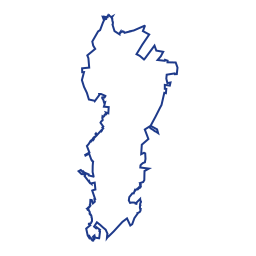 the district of Cuencamé, Durango, Mexico
{"feature_id": "50627088B82922113569023", "entity_name": "Cuencamé", "entity_type": "district", "adm_level": 2, "iso_a3": "MEX", "parent_name": "Mexico", "parent_adm1": "Durango", "projection": "equal_earth", "projection_center": [-103.787, 24.653], "detail": "fine", "context": "isolated", "style": "outline", "palette": "blue", "viewbox_px": 256, "rotation_deg": 0, "n_neighbors": 0, "source": "geoboundaries", "source_scale": "gbopen_adm2", "svg_char_len": 5474}
<svg xmlns="http://www.w3.org/2000/svg" viewBox="0 0 256 256"><path d="M155.5,116.7L160.2,107.4L161.5,105.0L164.3,92.8L165.9,93.2L166.3,88.9L164.8,88.8L164.8,84.9L169.8,85.6L170.5,82.5L167.4,83.1L166.3,78.6L166.7,74.7L174.6,73.4L174.8,74.2L176.8,74.1L177.5,67.6L175.7,62.5L167.5,62.3L167.6,60.7L165.0,59.8L164.7,60.8L157.6,60.0L160.8,56.3L163.2,51.8L156.3,50.6L154.5,45.6L144.8,58.7L144.0,59.5L139.7,55.8L136.5,54.2L142.2,44.8L149.2,34.5L142.9,31.1L144.8,26.1L144.4,25.8L133.7,30.5L130.2,31.2L130.3,31.4L124.5,32.8L124.0,32.2L123.8,31.7L122.5,31.3L122.1,31.8L121.5,31.7L120.8,32.4L120.7,31.6L119.5,33.3L119.5,34.3L114.5,31.1L112.5,24.6L112.8,24.3L112.9,22.1L112.6,21.6L112.4,20.8L112.3,20.3L112.3,19.5L112.2,19.2L112.3,18.9L112.2,18.7L111.9,18.6L111.8,18.3L111.9,17.8L111.8,17.5L112.5,16.4L111.2,17.1L109.4,15.7L109.2,15.4L109.1,15.5L108.9,15.5L108.7,15.5L108.5,15.4L108.4,15.5L108.2,15.6L108.1,15.4L107.7,16.1L107.6,17.0L107.1,16.9L106.6,16.9L106.6,17.1L106.5,17.7L106.4,17.8L106.3,18.3L106.4,18.6L106.3,18.9L106.2,19.0L105.8,19.1L105.5,17.8L105.2,17.5L105.2,17.0L104.9,16.9L105.0,17.2L104.9,17.8L105.0,18.2L105.1,18.8L104.6,18.9L103.9,17.8L103.7,17.2L103.3,16.8L102.7,16.7L104.0,20.3L102.9,22.7L100.1,30.1L98.1,31.4L92.3,41.5L93.2,45.6L95.2,48.9L87.3,55.4L88.4,58.2L89.2,67.6L82.1,68.3L82.2,72.2L84.0,72.1L81.9,80.1L84.0,86.8L86.9,92.9L88.9,99.5L93.9,100.6L94.3,100.7L94.6,100.7L94.8,101.1L99.4,94.9L99.2,94.0L101.0,94.0L105.4,95.9L105.3,96.3L104.4,97.6L104.2,97.6L103.9,97.4L103.4,97.3L102.4,97.3L102.2,97.4L102.2,97.6L102.2,98.1L102.6,98.7L102.8,99.2L103.4,100.0L103.5,100.3L103.8,101.7L104.1,102.6L105.1,102.2L104.5,104.7L103.9,106.7L108.7,107.1L108.3,113.3L105.9,112.5L106.3,113.3L106.4,113.7L106.3,114.1L106.1,114.1L105.9,114.4L105.3,114.2L104.9,114.4L104.6,114.7L104.5,115.2L104.6,115.4L104.3,115.9L104.0,116.2L103.6,116.3L103.4,116.8L103.2,116.8L102.5,116.3L102.3,117.9L102.7,120.0L102.6,120.3L101.1,121.5L100.5,122.7L103.3,126.6L102.4,127.5L103.2,128.5L101.4,130.3L101.8,130.7L101.3,131.3L100.9,130.8L97.1,134.9L96.7,134.4L96.0,133.4L95.8,133.7L95.5,134.0L96.6,135.5L94.5,137.6L94.2,137.1L93.7,137.6L94.0,138.2L93.4,138.9L93.7,139.4L93.2,140.0L92.6,139.1L92.3,139.6L91.6,140.1L91.8,140.6L91.0,141.5L90.9,141.4L90.8,141.5L90.4,141.2L88.7,144.0L86.9,146.0L89.4,152.5L85.2,154.9L85.5,155.6L89.1,153.6L91.4,159.9L91.9,160.2L92.0,160.5L92.1,160.8L92.4,160.9L92.4,161.2L92.9,161.5L93.1,161.6L93.0,162.0L92.7,165.8L92.6,172.0L93.6,176.4L93.5,176.6L88.7,175.4L88.7,174.4L84.3,172.5L83.2,171.4L82.8,172.0L80.8,170.0L78.6,171.2L81.5,174.1L85.6,174.3L84.6,176.1L89.4,182.3L89.5,182.0L89.7,182.6L91.5,184.0L91.4,183.3L94.7,182.6L95.4,189.5L92.9,190.2L92.2,190.5L95.1,199.0L94.4,199.1L94.8,201.7L92.9,203.4L91.7,200.0L90.4,199.9L90.2,204.0L89.9,204.4L90.4,205.3L89.9,205.7L90.1,206.1L89.6,206.6L89.2,207.4L88.8,207.5L88.5,207.3L88.2,207.6L88.4,207.6L88.2,207.9L88.2,208.2L88.0,208.6L87.9,208.7L87.5,208.8L87.9,209.1L87.7,209.2L87.9,209.6L87.7,209.8L87.9,210.0L88.2,210.0L88.7,210.3L89.2,211.0L89.3,211.4L89.8,212.1L89.8,212.7L89.6,213.1L89.6,213.3L89.8,213.5L89.7,213.9L89.9,214.1L90.0,214.1L90.1,214.4L90.6,214.4L90.9,214.8L90.9,215.3L91.3,215.6L91.5,216.4L91.5,216.7L91.6,217.1L91.5,217.4L91.9,218.2L91.9,218.9L92.0,219.2L91.9,219.7L92.0,220.2L92.0,221.1L91.8,221.5L91.5,221.8L91.4,222.4L90.9,223.2L90.1,223.6L89.2,223.6L88.9,223.7L88.8,223.9L88.8,224.1L90.2,225.3L86.2,228.6L87.7,235.5L88.4,236.6L88.6,236.2L89.0,235.9L88.9,235.5L89.1,234.9L89.3,236.6L89.0,237.5L89.3,238.0L89.8,237.2L90.0,237.1L90.5,237.4L90.8,237.8L90.9,238.1L91.1,238.8L91.3,239.1L91.6,239.6L91.9,239.7L92.2,240.3L92.5,240.6L93.1,240.6L93.1,240.1L93.7,239.6L94.3,239.3L94.3,239.0L94.1,238.2L93.3,238.1L93.1,236.7L93.7,236.5L93.8,236.4L93.7,236.3L93.8,236.0L94.3,235.6L94.3,236.0L94.4,235.8L94.6,235.9L95.0,237.6L99.1,238.3L99.2,238.1L100.0,231.6L99.3,231.0L100.0,229.8L96.5,227.2L96.0,228.2L94.1,226.6L96.9,222.3L100.2,224.9L102.8,227.3L105.7,229.7L107.5,233.8L107.3,234.0L106.9,238.1L108.3,236.2L108.6,236.4L113.7,231.4L122.4,221.9L127.0,218.4L130.3,225.5L132.2,224.2L134.4,218.1L137.9,213.2L137.7,213.0L139.0,212.4L139.7,212.0L140.0,211.4L140.1,211.2L140.5,210.7L140.5,210.2L140.6,209.9L140.6,209.6L140.4,209.4L140.5,209.2L140.3,209.2L140.1,208.7L140.1,208.2L139.9,207.9L139.9,207.4L139.9,207.0L139.9,206.7L140.0,206.6L140.0,206.3L140.1,205.3L140.3,205.2L140.2,205.0L140.3,204.9L140.2,204.5L140.1,204.3L140.2,203.7L140.4,203.2L140.5,202.7L140.7,202.3L140.8,202.0L141.0,201.9L141.0,201.7L140.7,201.4L140.6,201.1L140.5,200.5L140.3,200.3L140.4,200.1L140.3,199.8L140.1,199.5L140.1,199.0L136.7,202.4L136.4,203.8L135.5,203.6L135.4,203.0L134.5,202.6L131.9,202.5L130.1,202.9L128.8,200.4L129.3,197.1L132.4,193.3L133.7,193.4L135.0,189.9L135.4,190.2L135.6,189.7L135.9,189.6L136.0,189.7L136.6,189.3L136.8,189.4L137.2,188.9L137.4,189.1L137.8,188.5L138.1,188.6L138.5,188.0L138.6,188.3L139.0,187.7L139.3,187.9L139.7,187.3L139.9,187.4L140.3,186.8L140.5,187.1L140.7,186.8L140.5,186.5L140.7,186.2L140.3,185.8L140.5,185.5L140.3,185.3L140.5,185.0L140.3,184.8L140.5,184.5L140.2,184.3L140.4,184.0L140.2,183.7L140.4,183.4L140.2,183.2L140.3,183.1L140.2,183.0L143.2,182.0L144.3,180.1L144.5,171.0L148.9,168.6L140.3,167.5L140.5,165.3L141.5,164.2L143.0,163.0L144.9,162.3L145.5,158.9L145.2,153.4L144.0,152.8L141.2,154.2L141.8,144.7L148.4,139.0L144.8,129.5L149.5,126.5L150.1,127.8L150.4,128.2L154.1,130.5L154.4,131.0L156.2,131.8L158.1,133.1L157.1,129.4L150.6,125.8L155.5,116.7Z" fill="none" stroke="#1e3a8a" stroke-width="2"/></svg>